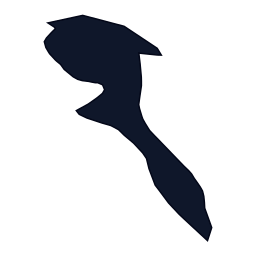 the district of Cap Estate/Anse Du Cap, Gros Islet, Saint Lucia
{"feature_id": "8701671B2095740790766", "entity_name": "Cap Estate/Anse Du Cap", "entity_type": "district", "adm_level": 2, "iso_a3": "LCA", "parent_name": "Saint Lucia", "parent_adm1": "Gros Islet", "projection": "albers", "projection_center": [-60.945, 14.102], "detail": "fine", "context": "isolated", "style": "filled", "palette": "ink", "viewbox_px": 256, "rotation_deg": 0, "n_neighbors": 0, "source": "geoboundaries", "source_scale": "gbopen_adm2", "svg_char_len": 1068}
<svg xmlns="http://www.w3.org/2000/svg" viewBox="0 0 256 256"><path d="M207.5,240.6L211.7,227.6L204.7,208.1L204.4,202.4L203.8,196.3L202.5,191.0L200.3,187.1L197.3,182.7L194.3,178.5L191.6,174.0L188.8,170.8L183.9,166.1L156.1,137.3L154.8,136.0L149.6,130.5L145.2,123.4L142.8,119.1L141.8,116.3L140.6,112.3L139.5,108.6L138.7,104.6L139.7,97.3L141.4,85.7L141.4,81.2L141.3,77.0L140.1,63.9L138.8,53.1L157.3,55.0L161.3,55.1L157.2,48.3L124.1,26.3L82.7,15.4L47.9,22.9L54.2,27.0L55.4,28.6L54.6,29.5L53.4,30.6L51.3,32.7L46.9,37.5L46.4,38.1L44.3,41.7L45.9,47.5L48.1,51.3L49.6,53.7L55.3,59.9L56.6,61.1L60.6,64.4L64.2,69.4L73.2,76.8L77.7,79.3L82.2,80.6L88.7,81.4L91.4,82.0L95.2,82.7L96.9,82.7L97.7,82.7L102.6,84.8L104.6,89.7L102.5,93.4L97.1,97.8L95.9,98.7L88.2,104.1L76.3,110.6L79.2,114.3L82.5,115.9L86.9,118.0L102.0,123.0L109.4,125.1L111.0,125.6L118.5,129.6L124.2,135.2L133.6,143.1L142.7,152.9L146.5,158.5L149.0,168.7L152.6,178.2L155.2,185.1L159.4,190.6L168.6,203.0L179.0,214.1L182.4,217.3L184.4,219.2L192.8,227.0L207.5,240.6Z" fill="#0f172a" stroke="#020617" stroke-width="1.5"/></svg>